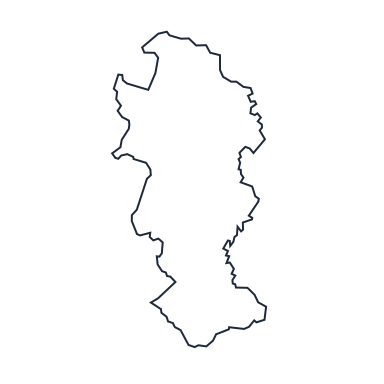 Yendi Municipal, Northern, Ghana (Natural Earth projection), rotated 193°
{"feature_id": "2480657B94460481801793", "entity_name": "Yendi Municipal", "entity_type": "district", "adm_level": 2, "iso_a3": "GHA", "parent_name": "Ghana", "parent_adm1": "Northern", "projection": "natural_earth1", "projection_center": [0.075, 9.473], "detail": "medium", "context": "isolated", "style": "outline", "palette": "slate", "viewbox_px": 384, "rotation_deg": 193, "n_neighbors": 0, "source": "geoboundaries", "source_scale": "gbopen_adm2", "svg_char_len": 1938}
<svg xmlns="http://www.w3.org/2000/svg" viewBox="0 0 384 384"><g transform="rotate(193 192 192)"><path d="M161.0,42.2L154.5,41.5L151.3,44.1L143.3,44.8L138.1,51.9L136.5,58.8L125.2,66.5L125.4,68.6L110.4,70.3L106.1,73.5L102.5,80.9L99.9,79.5L92.6,83.8L94.0,96.9L102.7,99.4L108.0,106.0L116.4,111.1L127.7,108.8L129.1,111.8L131.7,112.0L132.8,115.3L131.0,120.3L135.0,121.2L133.9,126.5L139.3,131.8L142.4,130.5L141.3,137.8L144.6,137.8L143.7,142.6L148.8,143.9L146.1,152.8L144.2,152.8L142.6,148.0L140.5,152.7L140.5,157.7L138.5,160.1L139.8,168.4L135.3,164.7L133.8,166.8L135.6,173.7L127.4,178.8L127.5,180.4L131.3,181.7L125.2,197.6L125.4,200.5L129.4,202.1L134.6,210.9L146.8,212.4L145.1,217.6L148.3,220.5L149.5,224.6L151.7,224.6L151.7,231.4L154.0,234.5L152.2,237.1L154.6,240.8L150.2,248.0L145.6,247.4L140.9,243.8L132.8,259.8L139.9,267.2L138.3,270.4L139.1,273.4L143.8,275.6L141.7,280.1L146.0,283.3L148.1,281.1L152.8,281.8L153.4,287.5L149.2,292.1L151.3,294.6L155.1,293.1L159.0,298.4L155.1,301.5L158.3,306.5L165.5,306.0L173.6,309.5L178.6,308.3L187.6,311.2L192.1,317.1L195.5,331.6L205.6,331.8L211.3,338.2L220.9,335.7L229.6,340.9L237.2,338.9L249.2,339.6L252.6,342.5L260.4,338.7L273.1,321.7L269.8,317.1L259.8,319.2L255.2,315.2L254.4,299.7L257.6,281.7L279.8,283.1L284.5,285.4L286.3,290.3L290.2,289.8L291.4,275.0L287.5,272.8L286.7,265.4L280.6,260.1L282.7,254.4L277.0,249.3L269.6,247.4L268.2,243.6L267.8,239.3L272.2,227.1L271.8,219.5L278.5,211.7L274.4,208.0L271.3,207.8L269.2,211.6L263.6,214.3L257.2,213.0L256.3,211.0L243.3,210.1L237.6,204.5L235.9,199.1L238.9,194.8L241.8,162.3L245.4,155.9L244.1,150.1L236.1,138.6L232.9,138.0L223.5,142.9L223.1,138.7L218.9,136.2L214.2,139.0L209.2,136.3L207.6,125.5L209.2,121.7L211.8,121.4L209.2,113.7L203.4,108.1L199.4,107.7L197.4,104.5L194.1,104.7L187.9,100.6L201.2,80.7L207.2,75.0L195.9,70.9L194.6,67.4L188.7,64.7L186.2,60.5L181.2,60.0L178.3,56.5L172.1,54.9L161.0,42.2Z" fill="none" stroke="#1e293b" stroke-width="2"/></g></svg>